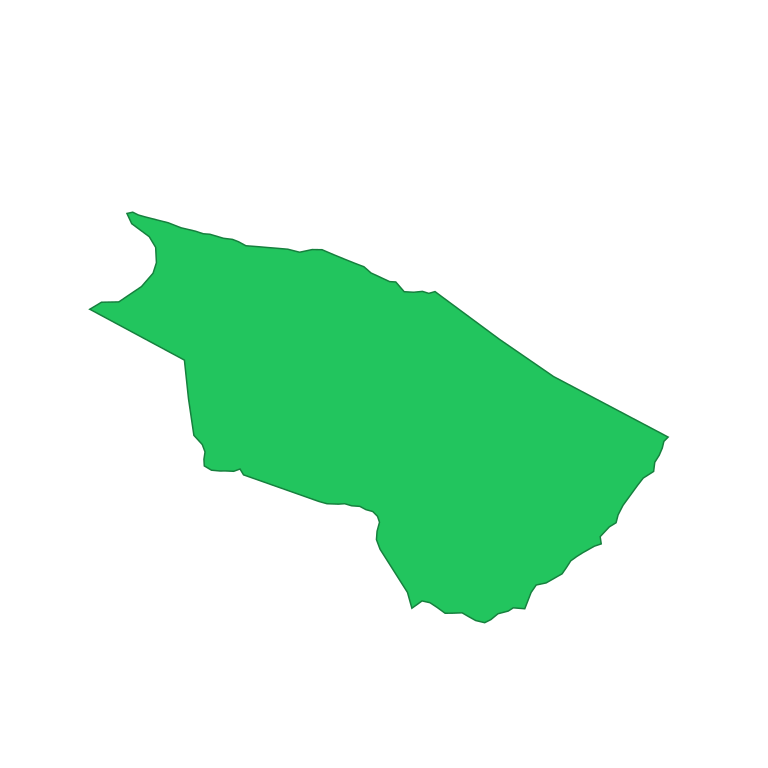 the district of Congo, Paraíba, Brazil, rotated 155°
{"feature_id": "56859067B42769683705793", "entity_name": "Congo", "entity_type": "district", "adm_level": 2, "iso_a3": "BRA", "parent_name": "Brazil", "parent_adm1": "Paraíba", "projection": "albers", "projection_center": [-36.637, -7.809], "detail": "fine", "context": "isolated", "style": "filled", "palette": "green", "viewbox_px": 768, "rotation_deg": 155, "n_neighbors": 0, "source": "geoboundaries", "source_scale": "gbopen_adm2", "svg_char_len": 1527}
<svg xmlns="http://www.w3.org/2000/svg" viewBox="0 0 768 768"><g transform="rotate(155 384 384)"><path d="M539.1,645.9L544.9,647.2L544.9,635.9L534.5,616.7L533.2,604.3L539.0,590.1L546.5,582.0L552.3,579.4L562.6,574.8L589.7,570.5L605.5,577.5L619.1,576.1L554.8,490.0L567.4,453.3L578.0,417.8L574.3,405.9L574.9,398.1L579.0,391.9L581.5,385.7L576.8,378.8L569.6,374.6L564.2,372.1L557.1,368.4L550.4,367.8L549.7,361.0L492.7,305.1L486.3,299.6L476.1,294.4L470.2,292.1L464.8,287.3L457.6,283.3L453.5,277.8L448.1,273.2L445.8,266.8L446.5,260.6L452.5,253.5L456.6,246.2L457.4,235.9L450.8,185.2L453.5,169.0L441.2,171.3L434.8,166.4L430.3,159.1L425.5,150.4L418.4,147.2L409.9,143.6L405.8,137.7L400.9,130.9L393.6,125.1L386.7,125.3L377.8,127.6L367.4,125.7L361.4,126.5L351.4,120.8L338.8,132.9L331.0,137.5L321.1,135.2L309.2,136.2L302.8,136.7L296.0,140.7L289.5,144.8L282.2,146.2L275.1,147.1L261.9,148.1L254.7,147.3L252.6,154.3L240.1,159.3L232.3,160.2L227.2,166.4L218.7,173.0L197.2,184.9L188.8,189.2L176.6,190.8L171.7,198.6L164.7,203.1L158.9,208.3L154.6,213.7L148.9,215.8L227.2,319.1L260.6,375.9L294.8,438.9L298.7,446.2L305.1,447.2L310.0,451.7L318.3,454.6L326.7,459.1L330.2,471.5L335.6,474.4L348.9,490.2L352.6,498.7L359.2,505.5L366.8,513.6L375.0,522.5L383.4,531.9L392.3,536.2L404.8,539.1L414.2,546.8L423.9,552.4L431.3,556.6L440.5,561.9L450.8,567.7L455.7,574.4L460.2,579.1L467.9,583.9L478.5,593.3L484.4,596.6L490.2,602.1L502.1,611.5L511.4,621.3L519.4,627.8L530.1,636.6L535.2,641.0L539.1,645.9Z" fill="#22c55e" stroke="#15803d" stroke-width="1.5"/></g></svg>